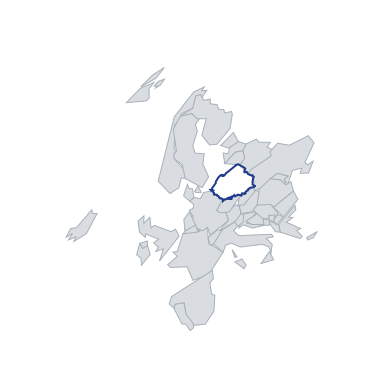 Poland on a map of Europe (Robinson projection), rotated 319°
{"feature_id": "POL", "entity_name": "Poland", "entity_type": "country or territory", "adm_level": 0, "iso_a3": "POL", "parent_name": "Europe", "parent_adm1": "", "projection": "robinson", "projection_center": [19.099, 51.929], "detail": "fine", "context": "in_parent", "style": "outline", "palette": "blue", "viewbox_px": 384, "rotation_deg": 319, "n_neighbors": 37, "source": "natural_earth", "source_scale": "50m", "svg_char_len": 10828}
<svg xmlns="http://www.w3.org/2000/svg" viewBox="0 0 384 384"><g transform="rotate(319 192 192)"><path d="M201.1,81.5L221.1,79.9L235.1,84.3L227.3,86.0L221.2,93.1L217.3,93.3L201.1,81.5ZM269.9,125.0L261.2,127.3L262.4,124.0L257.8,122.1L247.6,129.3L235.1,125.9L230.3,130.4L223.6,129.7L206.9,147.7L206.8,151.3L203.1,151.3L200.4,155.9L201.0,170.9L195.7,177.4L193.2,174.2L185.0,180.2L174.4,178.7L173.5,161.7L227.8,123.7L258.9,117.6L270.1,120.8L265.7,122.0L269.9,125.0ZM252.7,79.9L239.5,82.5L222.3,79.0L239.0,77.9L252.7,79.9ZM245.2,88.8L238.2,90.5L232.6,89.6L234.8,88.5L232.9,87.2L239.3,86.4L245.2,88.8Z" fill="#d9dde1" stroke="#a8b0b8" stroke-width="1"/><path d="M157.7,217.6L180.5,229.0L170.9,241.4L176.0,257.8L150.7,265.2L134.7,259.3L139.2,245.2L126.1,234.7L126.1,230.8L138.8,231.0L138.1,224.9L141.9,227.2L157.7,217.6ZM181.4,269.4L184.5,261.6L183.4,270.5L181.4,269.4Z" fill="#d9dde1" stroke="#a8b0b8" stroke-width="1"/><path d="M195.7,177.4L202.6,165.0L200.4,155.9L203.1,151.3L206.8,151.3L219.1,132.3L233.0,127.1L243.5,132.7L245.2,141.8L238.9,143.2L236.0,149.5L222.7,157.8L219.9,164.8L226.3,171.1L218.5,178.1L214.5,191.5L202.5,195.4L195.7,177.4Z" fill="#d9dde1" stroke="#a8b0b8" stroke-width="1"/><path d="M264.2,191.2L275.3,194.4L275.2,198.2L283.7,206.0L278.1,207.4L280.5,212.6L275.6,216.7L246.1,215.3L245.6,203.0L253.9,201.0L257.5,194.1L264.2,191.2Z" fill="#d9dde1" stroke="#a8b0b8" stroke-width="1"/><path d="M297.0,247.2L303.6,248.2L292.5,254.2L285.9,248.9L290.6,246.1L282.0,241.5L269.4,249.1L269.9,242.9L274.9,243.0L268.6,233.9L252.3,235.9L240.3,232.2L247.9,221.4L246.1,215.3L250.3,213.7L275.6,216.7L276.9,212.9L288.6,211.3L296.2,220.6L316.7,225.8L316.3,235.0L296.4,243.8L297.0,247.2Z" fill="#d9dde1" stroke="#a8b0b8" stroke-width="1"/><path d="M218.4,233.8L214.1,241.6L208.1,243.0L185.9,239.3L200.9,237.4L204.0,229.8L216.4,230.3L218.4,233.8Z" fill="#d9dde1" stroke="#a8b0b8" stroke-width="1"/><path d="M240.3,232.2L243.0,235.1L235.9,243.6L224.7,246.6L215.0,240.7L218.4,233.8L240.3,232.2Z" fill="#d9dde1" stroke="#a8b0b8" stroke-width="1"/><path d="M259.8,233.3L268.6,233.9L274.9,243.0L269.9,242.9L267.4,248.1L266.6,240.9L259.8,233.3Z" fill="#d9dde1" stroke="#a8b0b8" stroke-width="1"/><path d="M267.4,248.1L273.4,249.1L269.2,257.8L244.5,257.1L232.4,244.6L244.9,234.0L259.8,233.3L266.6,240.9L267.4,248.1Z" fill="#d9dde1" stroke="#a8b0b8" stroke-width="1"/><path d="M257.5,194.1L253.9,201.0L245.6,203.0L235.4,191.9L250.7,190.2L257.5,194.1Z" fill="#d9dde1" stroke="#a8b0b8" stroke-width="1"/><path d="M260.2,184.5L264.2,191.2L257.5,194.1L250.7,190.2L235.4,191.9L241.1,183.0L244.4,186.9L251.6,181.9L260.2,184.5Z" fill="#d9dde1" stroke="#a8b0b8" stroke-width="1"/><path d="M262.3,174.2L260.2,184.5L248.3,182.8L244.2,175.7L262.3,174.2Z" fill="#d9dde1" stroke="#a8b0b8" stroke-width="1"/><path d="M207.0,203.8L210.3,217.8L198.5,222.3L204.0,229.8L200.9,237.4L177.4,236.5L180.5,229.0L174.4,228.0L172.2,223.0L172.7,213.9L176.4,211.9L178.0,204.1L182.2,205.0L185.1,202.4L184.3,197.4L190.0,197.3L193.9,202.5L200.5,200.0L207.0,203.8Z" fill="#d9dde1" stroke="#a8b0b8" stroke-width="1"/><path d="M243.2,254.9L244.5,257.1L269.2,257.8L267.1,267.1L244.7,270.7L243.2,254.9Z" fill="#d9dde1" stroke="#a8b0b8" stroke-width="1"/><path d="M260.6,304.0L253.4,306.1L247.8,304.1L248.6,301.7L260.6,304.0ZM236.1,273.4L261.0,269.5L258.7,273.5L248.2,274.3L251.4,277.4L243.4,276.7L250.0,291.0L245.8,289.5L246.1,297.8L243.0,297.9L232.2,280.1L236.1,273.4Z" fill="#d9dde1" stroke="#a8b0b8" stroke-width="1"/><path d="M236.1,273.4L232.2,280.1L228.9,276.7L230.3,263.3L236.1,273.4Z" fill="#d9dde1" stroke="#a8b0b8" stroke-width="1"/><path d="M216.5,242.6L228.8,249.4L212.8,251.7L224.6,264.5L213.9,258.9L209.1,250.3L203.7,250.0L216.5,242.6Z" fill="#d9dde1" stroke="#a8b0b8" stroke-width="1"/><path d="M186.5,237.1L189.6,242.7L175.9,246.5L170.7,243.8L174.2,237.0L186.5,237.1Z" fill="#d9dde1" stroke="#a8b0b8" stroke-width="1"/><path d="M171.0,223.2L172.5,226.6L170.4,226.2L171.0,223.2Z" fill="#d9dde1" stroke="#a8b0b8" stroke-width="1"/><path d="M172.9,219.4L170.4,226.2L157.7,217.6L168.2,215.9L172.9,219.4Z" fill="#d9dde1" stroke="#a8b0b8" stroke-width="1"/><path d="M177.1,205.3L172.9,219.4L161.2,216.6L167.9,207.3L177.1,205.3Z" fill="#d9dde1" stroke="#a8b0b8" stroke-width="1"/><path d="M102.1,267.8L105.8,265.6L113.5,270.5L107.5,280.1L108.7,288.7L104.3,295.5L99.6,295.3L100.6,287.6L97.8,285.0L102.1,267.8Z" fill="#d9dde1" stroke="#a8b0b8" stroke-width="1"/><path d="M106.3,294.1L107.5,280.1L113.5,270.5L105.8,265.6L102.1,267.8L101.3,261.5L108.0,257.5L155.9,264.5L151.4,271.3L145.6,272.5L139.9,281.9L141.5,285.0L130.3,296.4L115.2,300.4L106.3,294.1Z" fill="#d9dde1" stroke="#a8b0b8" stroke-width="1"/><path d="M123.3,203.2L119.5,211.7L105.8,214.1L110.2,208.5L109.0,203.1L118.8,196.6L117.8,202.2L123.3,203.2Z" fill="#d9dde1" stroke="#a8b0b8" stroke-width="1"/><path d="M190.0,240.5L204.5,242.5L205.0,247.5L197.9,248.6L198.8,255.7L224.3,276.1L223.9,279.1L217.5,275.6L218.2,284.1L212.0,289.6L214.0,283.8L210.9,277.8L192.3,265.2L188.3,256.6L182.6,254.2L176.0,257.8L174.1,245.3L190.0,240.5ZM197.1,291.2L211.2,287.8L209.2,296.7L197.1,291.2ZM178.5,272.9L185.8,275.3L184.9,282.6L180.9,284.1L178.5,272.9Z" fill="#d9dde1" stroke="#a8b0b8" stroke-width="1"/><path d="M190.0,197.3L184.3,197.4L183.2,189.3L193.6,183.2L192.0,187.5L194.5,189.7L190.0,197.3ZM200.3,191.5L198.8,198.3L194.7,195.3L194.3,193.2L200.3,191.5Z" fill="#d9dde1" stroke="#a8b0b8" stroke-width="1"/><path d="M123.3,203.2L117.8,202.2L118.8,196.6L126.1,199.6L123.3,203.2ZM135.8,205.7L129.6,193.2L127.0,195.6L126.0,188.0L132.2,178.5L140.1,178.5L135.0,184.1L143.6,183.4L137.6,192.2L141.7,192.5L150.2,208.2L155.1,209.2L153.4,216.9L122.1,222.8L133.0,216.1L125.7,213.2L130.3,211.5L129.7,205.2L135.8,205.7Z" fill="#d9dde1" stroke="#a8b0b8" stroke-width="1"/><path d="M104.7,139.7L102.9,142.8L106.2,146.0L85.1,154.1L70.4,151.8L74.8,149.6L67.4,147.2L74.6,144.8L67.3,143.7L76.7,139.9L81.3,143.1L104.7,139.7Z" fill="#d9dde1" stroke="#a8b0b8" stroke-width="1"/><path d="M204.5,242.5L215.0,240.7L216.5,242.6L211.0,248.3L204.0,248.0L204.5,242.5Z" fill="#d9dde1" stroke="#a8b0b8" stroke-width="1"/><path d="M262.4,124.0L261.0,130.6L266.7,133.8L263.7,137.4L268.4,142.8L266.3,146.9L270.0,150.6L268.7,153.8L274.6,157.2L273.4,159.8L262.4,169.0L242.2,172.3L236.1,167.9L236.7,155.6L250.9,146.1L243.8,140.0L243.5,132.7L233.0,127.1L247.6,129.3L257.8,122.1L262.4,124.0Z" fill="#d9dde1" stroke="#a8b0b8" stroke-width="1"/><path d="M242.3,228.6L239.4,232.8L222.2,235.8L218.0,232.0L225.2,226.4L242.3,228.6Z" fill="#d9dde1" stroke="#a8b0b8" stroke-width="1"/><path d="M210.3,217.8L221.0,221.8L226.5,226.4L207.1,231.5L199.5,226.1L198.5,222.3L210.3,217.8Z" fill="#d9dde1" stroke="#a8b0b8" stroke-width="1"/><path d="M225.1,263.6L215.9,255.9L213.8,249.4L228.7,251.4L229.1,258.5L225.1,263.6Z" fill="#d9dde1" stroke="#a8b0b8" stroke-width="1"/><path d="M242.1,265.4L244.7,270.7L234.2,272.1L234.9,266.8L242.1,265.4Z" fill="#d9dde1" stroke="#a8b0b8" stroke-width="1"/><path d="M226.3,245.8L232.4,244.6L243.3,253.0L242.8,264.6L238.5,265.8L235.1,260.2L232.6,262.7L228.0,258.8L226.3,245.8Z" fill="#d9dde1" stroke="#a8b0b8" stroke-width="1"/><path d="M231.8,263.9L228.7,267.8L224.6,264.5L228.0,258.8L231.8,263.9Z" fill="#d9dde1" stroke="#a8b0b8" stroke-width="1"/><path d="M234.2,267.9L231.8,263.9L234.3,260.5L239.4,263.4L234.2,267.9Z" fill="#d9dde1" stroke="#a8b0b8" stroke-width="1"/><path d="M246.4,215.7L246.6,216.0L246.7,216.3L246.6,216.5L246.7,216.8L246.9,217.0L247.5,217.7L247.9,218.4L248.1,218.7L248.6,219.1L248.4,219.4L248.2,219.4L248.1,219.5L248.4,219.9L248.6,220.4L248.6,220.9L248.4,221.0L248.2,221.3L248.1,221.5L247.0,221.7L246.8,222.0L246.2,222.5L245.8,222.8L245.2,223.3L244.2,224.2L243.9,224.6L243.6,225.0L242.8,225.8L242.6,226.2L242.7,226.5L242.9,227.2L243.0,227.5L243.0,227.8L242.9,228.1L243.1,228.4L243.5,228.7L243.5,228.8L243.3,229.0L242.9,228.9L242.4,228.7L242.2,228.7L241.9,228.7L240.7,228.3L240.0,228.0L239.9,227.8L239.7,227.5L239.4,227.2L238.6,227.0L238.3,226.9L237.1,226.8L236.6,226.8L236.2,226.8L235.9,226.8L235.6,227.3L235.4,227.4L235.0,227.4L234.7,227.3L234.4,227.1L234.0,227.0L233.6,227.0L233.4,227.0L233.1,227.0L232.9,227.0L232.6,227.1L232.4,227.3L232.0,227.4L231.8,227.6L231.6,228.1L231.0,227.9L230.8,228.0L230.5,228.1L230.3,228.0L230.4,227.8L230.4,227.6L230.4,227.4L230.4,227.1L230.2,227.0L229.9,227.0L229.8,226.9L229.6,226.7L229.4,226.4L229.1,226.0L229.0,225.9L228.7,226.1L228.4,226.3L228.1,226.3L227.7,226.9L226.9,227.0L226.9,226.7L226.8,226.4L226.4,226.3L226.4,226.2L226.3,225.8L225.4,225.0L225.3,224.7L225.2,224.3L225.0,224.2L224.3,224.1L224.1,224.2L223.7,223.9L223.3,223.7L223.2,223.7L222.9,223.6L222.3,223.8L222.1,223.8L222.0,223.7L221.8,223.4L221.5,223.2L221.3,223.1L221.1,223.0L221.1,222.9L221.6,222.7L221.7,222.1L221.4,222.2L221.0,222.3L220.6,222.3L220.4,222.3L219.3,221.7L218.5,221.5L218.1,221.4L218.1,221.5L218.3,221.9L218.6,222.3L218.2,222.6L217.9,222.7L217.7,222.9L217.4,223.1L217.2,223.2L216.9,223.0L216.4,222.4L215.9,221.9L215.6,221.7L215.4,221.6L215.4,221.3L215.6,221.1L215.9,221.0L216.0,221.0L216.1,220.8L216.2,220.7L215.9,220.4L215.6,220.2L214.7,220.4L214.4,220.5L214.3,220.3L214.2,220.1L213.7,219.9L213.3,219.8L212.9,219.7L212.2,219.5L211.9,219.5L211.7,219.4L211.5,219.2L211.4,219.0L211.3,218.6L210.8,218.4L210.2,218.3L210.2,218.8L210.2,219.0L209.8,219.1L209.4,219.1L209.9,218.4L210.1,217.9L210.3,217.1L210.1,216.4L210.0,216.1L209.9,215.9L209.2,215.6L209.2,215.1L209.2,214.9L209.0,214.7L208.8,214.3L208.7,214.0L209.0,213.6L209.1,213.3L209.2,212.9L209.3,212.7L209.2,212.5L209.1,212.3L209.2,212.0L209.1,211.8L208.8,211.6L208.6,211.4L208.6,211.2L208.6,210.8L208.9,210.3L208.4,209.7L207.4,209.0L206.9,208.5L206.9,208.2L207.2,207.9L207.6,207.7L207.9,207.3L208.1,206.8L208.1,206.7L208.1,206.3L207.7,204.9L207.6,204.5L207.6,204.1L208.5,204.3L208.9,204.4L208.8,204.2L208.8,203.8L208.8,203.5L207.9,203.3L207.4,203.2L207.4,202.8L207.5,202.9L208.1,202.9L209.5,202.4L211.8,201.8L214.4,201.2L215.0,201.1L215.5,201.0L215.8,200.8L216.0,200.6L216.3,200.2L217.1,199.6L218.4,199.4L218.9,199.1L220.0,198.7L222.4,198.2L223.4,198.1L224.3,198.1L225.2,198.4L226.1,198.9L226.3,199.2L225.8,199.0L225.1,198.6L224.8,198.6L225.4,199.8L225.7,200.2L226.4,200.6L227.0,200.7L228.8,200.5L229.4,200.2L229.6,200.1L230.9,200.2L232.1,200.3L233.9,200.4L235.9,200.4L237.9,200.5L240.1,200.6L242.4,200.7L242.5,200.6L242.8,200.4L243.1,200.5L243.4,200.6L243.6,200.7L243.6,200.8L243.9,200.9L244.2,201.0L244.7,201.2L245.0,201.5L245.4,201.8L245.5,202.1L245.5,202.5L245.6,202.8L246.1,204.6L246.9,206.4L247.2,207.2L247.4,207.7L247.5,208.3L247.5,208.8L247.5,209.0L247.5,209.4L247.2,209.6L245.7,210.2L245.4,210.4L245.0,210.8L244.6,211.3L244.5,211.5L245.1,212.0L245.7,212.2L245.9,212.4L246.3,212.6L246.5,212.9L246.5,213.3L246.4,213.7L246.4,214.1L246.3,214.4L246.1,214.6L246.1,215.1L246.4,215.7Z" fill="none" stroke="#1e3a8a" stroke-width="2"/></g></svg>